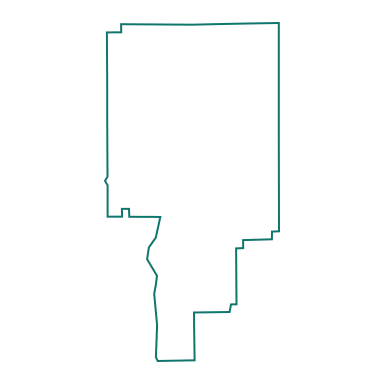 Tallapoosa, Alabama, United States of America (Equal Earth projection)
{"feature_id": "52423323B32872285369279", "entity_name": "Tallapoosa", "entity_type": "district", "adm_level": 2, "iso_a3": "USA", "parent_name": "United States of America", "parent_adm1": "Alabama", "projection": "equal_earth", "projection_center": [-85.836, 32.8], "detail": "fine", "context": "isolated", "style": "outline", "palette": "teal", "viewbox_px": 384, "rotation_deg": 0, "n_neighbors": 0, "source": "geoboundaries", "source_scale": "gbopen_adm2", "svg_char_len": 622}
<svg xmlns="http://www.w3.org/2000/svg" viewBox="0 0 384 384"><path d="M253.8,23.4L212.5,24.2L192.6,24.7L121.1,24.2L121.2,32.3L106.9,32.4L107.2,83.2L107.2,115.0L107.5,176.7L105.0,180.9L107.6,185.2L107.6,216.7L122.1,216.7L121.9,208.9L129.0,208.9L129.3,216.8L153.9,216.9L160.3,217.0L155.8,237.6L148.9,247.4L147.1,259.2L157.0,275.8L156.0,283.8L154.2,293.9L157.1,325.2L155.9,357.1L157.7,361.0L194.6,360.3L194.1,324.7L194.0,312.5L229.6,312.0L231.0,304.4L236.5,304.3L236.1,248.4L243.2,248.1L243.1,240.1L271.9,239.3L272.0,231.6L279.0,231.3L278.8,138.5L278.8,23.0L253.8,23.4Z" fill="none" stroke="#0f766e" stroke-width="2"/></svg>